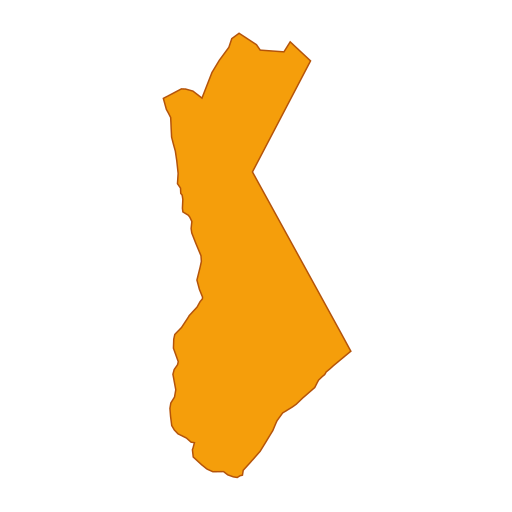 outline of Ed Damazine, Blue Nile, Sudan, rotated 182°
{"feature_id": "16777658B29603922889850", "entity_name": "Ed Damazine", "entity_type": "district", "adm_level": 2, "iso_a3": "SDN", "parent_name": "Sudan", "parent_adm1": "Blue Nile", "projection": "albers", "projection_center": [34.253, 12.058], "detail": "fine", "context": "isolated", "style": "filled", "palette": "amber", "viewbox_px": 512, "rotation_deg": 182, "n_neighbors": 0, "source": "geoboundaries", "source_scale": "gbopen_adm2", "svg_char_len": 1671}
<svg xmlns="http://www.w3.org/2000/svg" viewBox="0 0 512 512"><g transform="rotate(182 256 256)"><path d="M185.6,137.8L183.9,139.3L183.6,139.5L183.3,139.8L183.2,140.0L183.0,140.3L182.6,141.0L182.0,142.3L181.9,142.5L178.1,145.9L174.7,149.2L157.9,164.2L158.0,164.3L168.9,182.8L195.2,227.0L262.5,339.9L208.3,452.9L229.3,471.2L235.2,461.0L259.0,461.9L262.9,467.2L280.7,478.0L287.8,472.4L290.4,463.6L299.5,450.3L306.4,437.9L315.5,411.9L324.8,418.6L332.2,420.4L336.4,420.4L354.1,410.3L350.7,399.4L348.7,396.1L346.1,391.4L345.7,386.6L345.3,381.3L344.5,371.9L342.5,365.1L340.3,358.1L338.5,348.4L336.7,335.8L337.0,325.5L333.8,321.2L333.4,316.0L331.9,314.2L331.1,310.0L331.2,301.1L330.6,297.5L325.1,294.4L323.5,292.5L321.3,288.2L321.8,281.2L321.0,276.8L317.0,267.5L316.2,265.7L311.0,254.4L310.4,248.7L311.4,243.1L314.2,229.9L311.4,220.7L308.0,213.1L308.1,211.2L310.2,208.6L313.1,202.9L320.6,194.2L321.8,192.0L327.9,182.0L334.4,174.8L335.3,170.0L335.3,161.0L330.0,147.7L330.6,144.6L333.8,139.7L334.9,134.9L334.1,131.2L331.5,119.5L332.5,112.2L336.0,106.1L336.7,100.7L335.8,92.8L334.3,83.6L331.5,79.2L327.7,75.5L319.1,71.6L317.3,70.1L314.4,67.7L311.0,67.3L312.3,61.7L312.8,60.2L311.7,52.9L303.1,45.5L297.9,41.6L298.2,41.4L297.9,41.5L291.6,38.9L285.0,39.2L280.9,39.4L276.6,36.3L271.0,34.5L267.0,34.0L264.2,35.9L263.6,36.0L261.9,36.5L261.3,41.4L254.2,49.8L252.7,51.7L252.2,52.2L246.6,59.1L245.1,60.9L239.4,70.9L238.2,73.1L235.1,78.6L233.1,82.1L230.4,89.3L229.2,92.2L223.9,100.1L223.6,100.3L214.5,106.3L212.4,107.9L210.6,109.3L204.3,115.8L202.1,117.8L198.6,121.1L192.7,126.6L190.2,132.0L189.3,133.8L189.2,134.1L185.6,137.8Z" fill="#f59e0b" stroke="#b45309" stroke-width="1.5"/></g></svg>